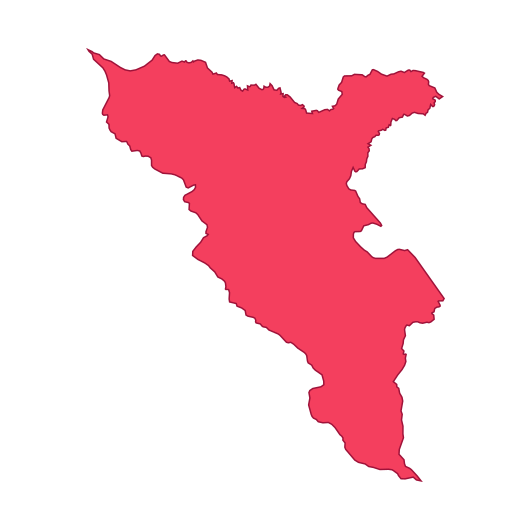 the border of Haut-Mbomou, rotated 187°
{"feature_id": "CAF-867", "entity_name": "Haut-Mbomou", "entity_type": "Prefecture", "adm_level": 1, "iso_a3": "CAF", "parent_name": "Central African Republic", "parent_adm1": "", "projection": "albers", "projection_center": [25.352, 6.594], "detail": "fine", "context": "isolated", "style": "filled", "palette": "rose", "viewbox_px": 512, "rotation_deg": 187, "n_neighbors": 0, "source": "natural_earth", "source_scale": "10m", "svg_char_len": 6049}
<svg xmlns="http://www.w3.org/2000/svg" viewBox="0 0 512 512"><g transform="rotate(187 256 256)"><path d="M64.8,52.9L69.5,53.3L73.0,55.7L80.8,53.0L84.9,52.6L87.8,55.4L88.9,57.2L94.7,60.4L98.5,60.5L107.0,59.2L113.7,60.5L118.5,60.8L122.3,62.9L129.2,63.7L133.1,65.5L143.4,75.0L144.5,77.0L144.8,81.3L147.3,83.8L147.5,86.0L149.0,87.7L150.9,88.9L156.7,95.4L160.3,98.2L163.9,99.6L169.3,98.6L174.0,99.1L176.2,101.1L179.2,102.1L180.8,103.6L181.9,105.5L185.6,114.6L185.2,121.6L186.8,126.9L186.2,129.0L183.5,131.4L175.6,134.1L173.0,136.5L173.5,140.0L176.0,146.1L183.2,149.9L185.6,151.8L187.4,154.5L191.2,156.3L192.1,158.0L193.5,163.3L194.8,165.0L196.4,166.2L203.2,169.6L207.9,173.1L211.0,174.6L213.3,173.8L215.3,174.1L222.5,180.2L224.4,181.3L234.1,184.1L237.0,186.4L240.3,186.6L241.5,187.2L243.4,189.1L247.7,189.6L248.4,190.6L248.4,192.2L249.5,194.1L251.3,194.8L256.7,195.3L258.7,196.2L260.1,200.6L263.9,202.7L268.7,203.9L269.8,206.4L276.6,207.2L277.4,210.0L277.8,216.3L278.9,219.0L279.6,219.4L281.8,219.1L282.3,219.5L282.1,221.7L282.8,224.6L283.2,225.9L284.5,227.4L287.2,229.1L291.3,230.5L295.0,235.2L299.9,238.6L301.9,240.7L306.1,242.9L313.2,245.5L319.0,248.8L319.3,252.9L316.4,257.8L312.6,262.9L310.3,267.8L306.9,270.2L306.1,271.6L308.4,272.3L308.6,274.1L307.6,278.6L308.5,281.1L314.0,284.3L318.9,290.1L321.1,291.6L326.1,292.7L328.1,294.0L328.5,300.1L329.6,300.8L333.4,301.2L334.9,303.1L335.0,305.4L333.9,307.6L327.3,312.2L325.4,314.3L324.4,316.7L324.8,319.3L326.7,318.7L331.6,315.3L333.7,315.9L337.3,322.8L339.2,324.3L346.2,326.7L350.1,327.2L358.6,326.8L367.2,330.1L369.4,331.5L370.7,333.1L371.4,338.5L372.4,340.7L375.2,341.9L378.0,341.7L380.0,341.0L381.5,341.3L382.7,344.0L384.2,346.1L386.7,346.3L392.0,344.9L393.3,346.3L394.7,349.8L396.9,351.5L397.9,353.3L398.6,353.9L403.1,353.1L409.2,355.8L410.8,360.1L414.9,361.7L416.3,363.3L417.4,365.1L418.0,368.8L420.7,370.8L419.8,376.1L420.6,378.0L424.2,377.2L425.4,377.9L425.9,379.0L425.9,382.3L421.0,395.6L420.8,397.4L422.0,402.0L423.2,409.8L426.4,417.5L428.4,421.0L430.9,424.1L441.2,431.5L443.2,436.3L446.7,438.8L447.9,440.3L443.6,438.9L441.9,437.8L436.0,436.8L431.0,433.0L423.5,431.5L413.6,426.6L408.6,424.8L403.4,424.4L397.9,426.1L389.9,430.8L383.0,437.7L380.6,442.7L378.5,444.6L376.4,444.4L375.2,443.0L374.4,442.7L372.3,444.3L371.4,444.5L365.7,438.5L363.1,437.8L357.3,437.8L353.2,440.4L350.6,439.8L349.8,441.1L349.1,441.1L348.1,439.8L346.1,439.5L343.8,440.3L342.4,442.0L341.6,441.1L340.7,442.0L337.6,443.5L334.5,443.5L329.7,442.1L327.1,436.7L322.1,433.1L320.9,431.3L317.6,432.8L316.4,431.4L312.1,431.6L309.0,431.0L306.7,430.1L304.4,428.5L303.5,426.3L301.1,427.2L301.1,424.6L299.5,425.2L298.8,424.2L297.7,420.5L296.0,422.0L294.4,420.5L292.7,421.2L291.2,418.8L289.4,418.0L288.2,420.1L287.3,420.5L284.4,419.7L285.2,423.8L283.1,423.2L282.3,423.7L281.9,425.0L278.3,425.4L277.0,426.4L273.3,422.8L270.4,421.8L269.3,422.2L268.7,423.4L268.7,425.5L266.9,424.7L264.8,424.9L263.2,426.3L263.0,428.8L260.8,427.0L258.3,423.1L255.5,423.0L254.0,425.2L252.7,425.8L251.0,421.4L251.3,419.8L248.9,420.5L248.7,417.6L247.0,416.8L245.9,417.3L247.3,418.0L246.2,419.7L244.5,419.8L241.5,418.0L236.4,413.1L233.7,412.3L232.2,410.9L230.0,410.9L228.3,411.9L226.5,410.6L226.5,409.9L228.2,408.1L225.5,408.2L224.5,407.1L223.2,404.0L217.3,404.3L218.3,406.5L213.9,407.9L212.8,407.7L211.2,406.2L205.5,409.6L202.9,410.2L200.8,409.0L199.5,410.5L197.7,411.0L196.9,411.8L198.4,413.9L195.9,414.7L194.4,416.5L193.5,421.8L190.1,427.0L190.9,429.7L194.2,430.6L195.1,431.4L195.1,432.3L194.3,435.9L192.2,438.8L191.2,444.3L190.1,445.5L183.0,446.5L180.4,448.3L172.7,448.8L169.9,447.3L168.6,447.2L166.7,449.2L165.1,450.1L163.2,455.0L162.1,455.3L157.8,454.0L153.7,451.8L147.9,450.5L144.1,452.9L141.4,453.5L137.0,456.2L134.6,457.1L131.1,456.2L127.5,459.1L126.1,459.3L124.7,457.9L122.7,459.3L120.4,459.4L112.4,458.6L111.1,458.0L113.1,454.6L111.5,453.4L107.9,452.2L106.5,451.2L105.8,449.8L105.8,447.4L104.8,446.2L99.0,444.6L96.5,440.5L94.2,438.8L90.2,437.0L93.3,434.2L97.0,436.4L99.4,435.0L99.8,433.6L97.2,432.6L97.0,432.0L96.9,431.1L97.9,429.7L97.2,428.1L97.3,427.3L97.9,426.1L99.0,425.9L101.1,427.7L101.5,423.8L103.0,422.1L103.3,419.5L104.6,418.4L105.3,416.3L107.3,417.5L112.5,417.2L116.2,417.9L118.4,416.9L120.8,414.2L122.8,413.4L125.8,414.7L126.7,414.6L127.6,411.7L130.7,410.7L132.8,407.6L133.8,407.4L135.0,408.5L137.4,409.1L138.4,405.4L138.2,402.2L138.4,401.9L139.8,402.5L140.3,399.9L142.4,399.0L142.6,396.7L143.5,396.4L145.6,397.2L146.9,396.1L149.6,395.1L149.8,394.4L148.4,392.7L148.5,391.3L149.4,390.7L151.5,390.5L152.7,388.8L154.3,388.0L155.3,386.6L155.7,383.4L158.5,381.1L155.5,379.9L158.2,377.7L156.9,376.3L156.4,374.2L157.6,372.1L157.1,368.6L157.9,366.0L157.9,362.9L158.7,360.3L158.4,357.0L160.9,355.5L164.1,355.0L166.2,352.1L167.2,351.7L168.2,352.2L170.4,355.7L171.6,351.6L171.7,347.2L172.7,344.0L174.9,340.8L175.2,339.0L174.5,337.1L172.1,334.0L170.0,333.1L166.1,333.1L165.0,332.6L162.1,327.6L160.1,325.4L159.0,321.8L157.0,320.8L153.9,320.5L152.0,317.5L136.5,303.8L135.0,301.6L135.7,300.7L139.8,302.2L144.0,303.0L145.7,302.6L148.3,300.8L152.7,299.1L154.5,293.8L155.6,293.0L160.8,292.2L161.7,291.3L162.0,289.5L161.6,285.9L159.0,282.6L153.5,278.0L149.2,275.0L146.1,273.6L141.0,269.4L139.4,268.6L137.1,268.2L128.4,269.3L125.7,270.9L118.4,278.1L116.2,279.7L114.5,280.1L109.1,279.5L106.3,280.7L97.9,273.9L64.1,236.7L65.1,234.3L69.1,233.7L69.7,233.2L67.3,229.6L67.2,228.6L68.2,227.8L70.2,227.3L72.2,225.7L72.5,222.3L74.4,221.1L74.4,220.3L72.4,219.0L71.5,214.9L74.4,211.9L76.2,210.9L78.3,211.1L82.4,209.6L85.1,209.7L87.4,210.4L89.4,210.2L92.2,209.3L95.3,205.5L97.8,205.9L98.3,205.4L99.4,202.9L99.6,201.0L98.0,195.1L99.4,190.8L99.3,187.0L100.2,181.9L97.6,179.7L97.9,176.8L97.0,176.4L95.4,176.9L95.0,176.6L95.3,172.8L94.4,169.5L95.2,165.7L97.2,161.1L100.8,155.3L104.4,148.0L100.7,145.7L100.3,143.3L98.2,142.0L96.7,137.3L93.9,133.6L92.7,129.9L93.2,119.9L91.6,116.7L91.6,111.0L89.4,105.0L88.5,97.3L87.5,93.6L90.2,81.5L89.9,76.6L84.3,71.8L83.3,67.9L82.0,65.4L77.7,64.0L75.8,62.9L69.3,57.4L64.8,52.9Z" fill="#f43f5e" stroke="#9f1239" stroke-width="1.5"/></g></svg>